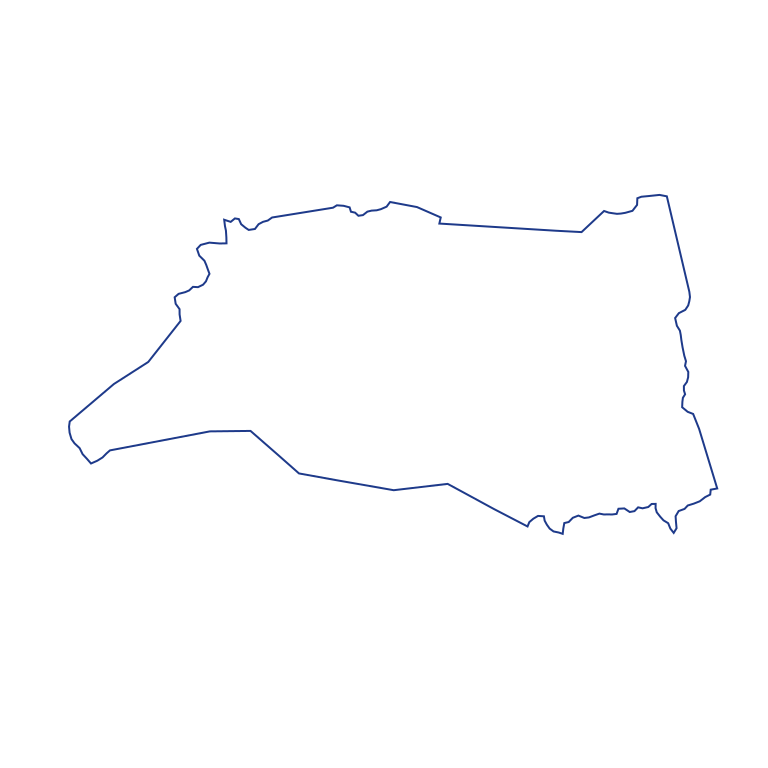 outline of Mairi, Bahia, Brazil, rotated 173°
{"feature_id": "56859067B37301290219198", "entity_name": "Mairi", "entity_type": "district", "adm_level": 2, "iso_a3": "BRA", "parent_name": "Brazil", "parent_adm1": "Bahia", "projection": "mercator", "projection_center": [-40.194, -11.719], "detail": "fine", "context": "isolated", "style": "outline", "palette": "blue", "viewbox_px": 768, "rotation_deg": 173, "n_neighbors": 0, "source": "geoboundaries", "source_scale": "gbopen_adm2", "svg_char_len": 2217}
<svg xmlns="http://www.w3.org/2000/svg" viewBox="0 0 768 768"><g transform="rotate(173 384 384)"><path d="M522.6,566.5L522.6,560.1L522.2,555.5L522.6,548.6L523.2,542.8L530.0,543.5L540.1,545.6L549.0,544.4L553.2,540.9L551.7,533.9L547.2,528.2L545.9,523.8L544.9,519.3L543.8,514.6L546.1,511.4L548.2,507.6L551.5,504.6L556.8,502.8L561.8,503.7L566.0,500.6L570.1,499.4L576.9,498.5L581.2,495.6L581.0,489.0L577.8,483.2L578.4,478.0L578.2,471.4L615.3,434.6L652.1,416.9L700.5,385.1L701.8,380.1L702.0,374.0L700.9,367.4L698.4,362.8L693.9,357.4L691.7,351.1L688.0,346.0L684.5,340.8L677.9,342.8L672.3,345.4L667.9,348.9L664.1,351.5L562.6,358.2L522.2,353.7L497.1,325.7L479.3,305.6L443.2,294.4L387.3,277.4L333.0,277.1L320.2,268.0L290.1,246.5L258.9,225.1L256.6,229.2L252.2,232.1L247.2,234.3L241.4,233.2L241.2,228.8L239.5,224.5L237.2,220.3L233.7,217.0L228.7,215.3L224.9,213.5L223.6,218.8L222.0,224.0L217.5,224.5L212.9,228.2L207.1,229.7L201.5,226.6L196.9,226.6L191.1,228.0L186.0,229.1L181.7,227.7L177.6,227.3L173.6,226.7L169.0,226.7L166.5,231.6L160.6,231.2L155.7,227.0L150.9,227.3L146.8,230.6L142.5,229.1L136.7,229.7L133.0,232.3L129.0,231.9L129.6,227.7L128.9,223.4L126.0,218.6L123.2,214.6L118.9,211.2L117.4,205.6L114.6,200.9L111.2,205.2L111.0,211.8L110.7,217.2L107.0,222.0L100.9,223.4L97.3,226.4L91.1,227.5L84.9,229.1L79.0,232.6L73.7,234.5L72.6,239.3L66.0,239.7L76.7,301.0L80.8,316.6L86.0,319.4L90.9,324.6L90.0,330.0L89.0,333.9L86.4,337.1L87.1,341.0L86.6,345.4L83.1,349.1L81.3,353.6L80.5,358.9L83.0,365.3L81.5,369.8L82.5,375.5L83.2,384.1L83.5,391.5L83.5,396.5L83.8,400.9L86.2,406.1L87.0,414.0L82.7,418.4L75.9,420.9L72.5,424.9L70.9,428.9L69.7,433.0L69.7,438.3L80.4,535.8L87.5,538.1L98.6,538.3L105.7,538.5L109.9,537.5L111.0,530.9L116.3,525.6L123.6,524.5L128.1,524.3L132.0,524.5L136.1,525.6L140.0,526.7L144.5,528.9L169.4,510.7L194.3,515.1L309.5,536.5L307.4,542.4L329.7,555.6L355.8,563.9L359.8,559.7L365.8,557.9L370.1,557.3L375.2,557.6L379.5,557.1L384.3,554.2L388.9,554.1L391.8,557.6L395.8,559.0L396.6,563.5L402.4,565.8L409.0,567.1L413.1,565.2L474.8,562.9L479.4,560.4L484.3,559.7L489.0,557.9L493.2,553.6L499.5,553.4L502.5,556.0L506.3,560.0L508.0,565.4L511.8,566.5L516.4,563.6L522.6,566.5Z" fill="none" stroke="#1e3a8a" stroke-width="2"/></g></svg>